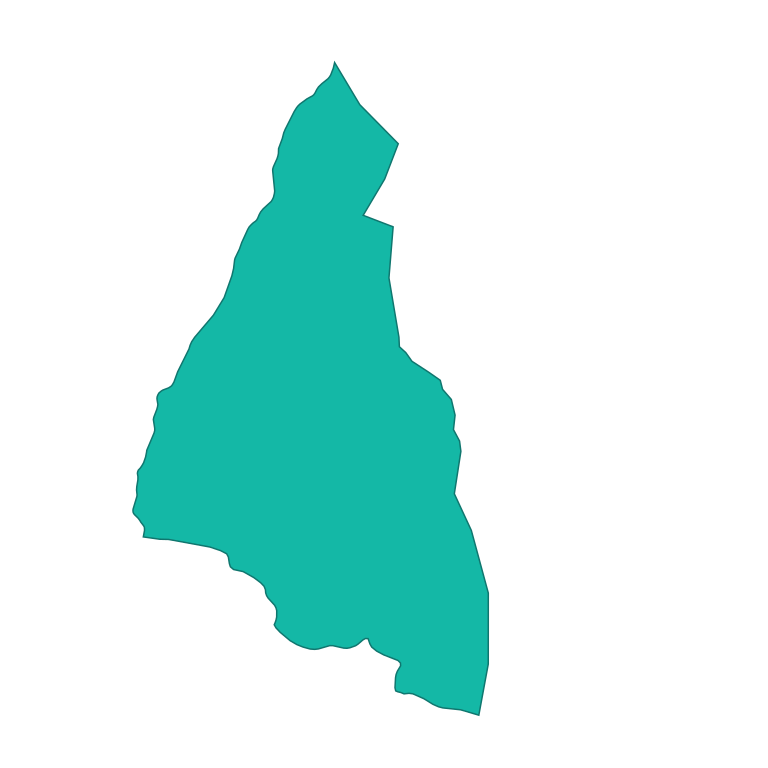 the border of Analamanga, rotated 201°
{"feature_id": "MDG-5862", "entity_name": "Analamanga", "entity_type": "Autonomous Province", "adm_level": 1, "iso_a3": "MDG", "parent_name": "Madagascar", "parent_adm1": "", "projection": "orthographic", "projection_center": [47.602, -18.658], "detail": "fine", "context": "isolated", "style": "filled", "palette": "teal", "viewbox_px": 768, "rotation_deg": 201, "n_neighbors": 0, "source": "natural_earth", "source_scale": "10m", "svg_char_len": 2463}
<svg xmlns="http://www.w3.org/2000/svg" viewBox="0 0 768 768"><g transform="rotate(201 384 384)"><path d="M260.8,101.6L263.1,101.7L264.9,104.4L268.0,114.0L268.6,117.2L268.6,120.6L267.5,126.9L268.7,129.5L271.9,130.9L287.0,131.0L295.1,132.0L301.2,134.0L304.0,136.3L307.6,140.6L310.2,139.7L312.0,137.5L315.0,131.9L316.7,129.5L321.2,125.6L323.9,124.0L327.0,123.0L337.9,121.4L340.9,120.3L350.4,113.1L353.7,111.4L358.0,110.1L365.4,109.4L372.0,109.5L379.5,110.7L391.8,114.9L397.4,117.6L400.2,119.9L400.1,122.4L400.2,124.9L400.7,128.0L402.9,133.9L404.6,136.3L406.9,138.3L415.3,142.5L417.7,144.3L419.6,146.6L421.0,149.5L423.5,152.2L428.0,154.3L436.1,156.6L448.3,158.4L458.0,156.9L461.9,158.3L463.9,160.8L467.3,166.7L470.0,169.1L477.0,169.9L488.2,169.4L529.4,161.7L537.8,158.7L553.9,155.0L555.1,161.5L555.7,163.0L556.6,164.7L557.8,165.6L561.7,168.0L562.9,169.0L565.4,170.6L569.8,172.5L571.2,173.3L572.2,174.3L572.9,175.6L573.4,177.2L574.4,190.6L574.9,192.2L577.0,196.3L578.0,199.5L579.4,206.3L580.5,209.3L582.2,212.2L582.5,213.6L582.5,215.5L581.4,218.2L580.7,221.1L580.2,224.4L580.4,230.4L581.3,235.6L581.6,236.5L581.7,237.2L581.1,255.8L581.4,258.5L582.2,260.5L586.6,268.2L587.0,270.5L587.0,278.8L587.3,281.7L587.8,283.9L590.1,287.8L590.8,289.2L591.2,290.8L591.2,292.8L590.9,294.9L589.5,297.5L588.3,299.1L583.7,303.2L582.1,305.4L581.6,306.3L581.2,308.0L580.8,310.7L581.0,321.5L578.6,346.8L578.9,350.6L578.7,354.5L577.5,359.8L567.9,387.2L564.2,407.4L564.8,430.6L565.8,437.9L567.9,446.2L568.1,448.1L567.3,458.2L567.5,465.1L566.6,479.6L566.1,482.6L564.9,485.5L563.8,487.7L562.3,489.9L561.6,491.6L561.3,493.7L561.2,497.5L560.8,500.5L559.5,504.4L554.7,514.0L554.3,516.1L554.1,518.6L554.6,522.6L555.2,525.0L564.4,543.3L564.9,544.8L565.1,547.3L564.6,556.2L564.8,559.1L565.2,561.4L566.8,566.0L566.9,576.6L567.6,582.6L567.5,586.4L565.5,606.1L564.6,610.7L563.9,612.9L562.8,615.3L557.9,622.9L554.0,627.4L553.2,628.9L552.7,630.9L552.3,634.7L551.6,637.9L549.6,642.2L545.7,648.9L545.0,650.9L544.5,653.4L544.5,660.6L545.3,666.4L506.7,636.1L456.8,613.4L456.8,575.6L463.9,534.0L431.8,534.0L417.4,484.8L386.8,433.0L383.0,424.3L374.9,421.1L366.0,415.2L346.0,410.9L332.8,407.6L327.4,400.0L315.6,393.7L306.5,380.4L302.8,366.3L293.0,357.8L288.1,348.7L279.0,306.7L250.0,278.6L211.7,226.2L186.3,159.9L176.8,108.8L195.8,107.3L213.0,102.7L217.4,102.2L223.5,102.5L234.1,104.5L246.0,105.1L249.8,104.2L254.3,101.9L257.9,102.0L260.8,101.6Z" fill="#14b8a6" stroke="#0f766e" stroke-width="1.5"/></g></svg>